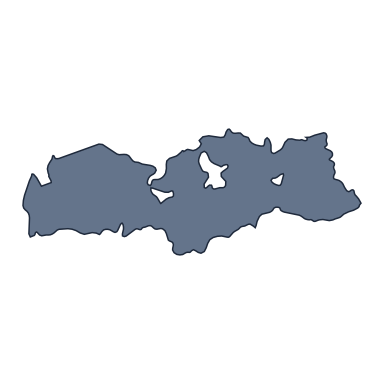 outline of Batken
{"feature_id": "KGZ-1119", "entity_name": "Batken", "entity_type": "Region", "adm_level": 1, "iso_a3": "KGZ", "parent_name": "Kyrgyzstan", "parent_adm1": "", "projection": "equal_earth", "projection_center": [71.05, 39.853], "detail": "fine", "context": "isolated", "style": "filled", "palette": "slate", "viewbox_px": 384, "rotation_deg": 0, "n_neighbors": 0, "source": "natural_earth", "source_scale": "10m", "svg_char_len": 5389}
<svg xmlns="http://www.w3.org/2000/svg" viewBox="0 0 384 384"><path d="M305.2,140.7L306.7,140.3L307.3,138.9L306.7,137.8L306.1,137.4L309.7,137.2L314.7,135.2L323.6,132.8L325.1,133.1L326.2,134.0L326.9,136.1L326.8,137.4L326.2,139.8L326.3,141.2L326.5,142.3L327.1,143.8L326.9,145.1L326.2,145.9L325.2,146.5L324.7,147.1L325.0,147.9L326.0,148.8L330.2,150.7L331.6,151.8L332.4,153.2L332.5,155.2L331.8,156.7L329.7,158.7L329.3,159.2L329.5,159.9L332.7,161.5L333.7,162.4L334.3,163.3L334.4,164.7L334.1,165.6L333.6,166.5L333.6,167.6L333.9,168.9L334.8,170.9L335.0,172.3L334.7,173.6L334.1,174.7L333.7,176.0L333.5,177.1L333.6,178.0L334.0,178.8L335.1,179.3L337.7,180.0L339.1,180.5L340.8,181.6L341.9,182.6L343.0,184.1L344.5,187.3L346.7,190.7L348.4,191.6L349.4,191.5L351.2,190.2L352.2,189.8L353.2,190.0L353.9,190.8L354.5,193.6L355.1,194.9L356.4,196.2L358.6,198.9L361.0,203.2L359.6,204.9L359.1,206.4L358.7,207.1L358.1,207.7L357.2,208.3L353.6,210.2L348.6,211.8L343.8,214.1L341.1,216.5L340.0,217.3L338.4,217.9L335.2,218.9L332.9,219.9L329.3,220.6L322.9,219.5L319.7,219.8L318.1,220.2L315.9,221.1L314.9,221.4L313.8,221.3L311.8,220.0L311.0,219.6L309.5,219.8L308.0,219.7L305.9,219.2L304.5,218.6L302.3,216.9L301.5,216.4L300.8,215.9L299.3,215.2L284.3,212.1L282.7,211.5L281.3,210.7L280.5,209.9L279.9,208.1L279.1,207.5L277.7,207.2L275.9,207.2L274.6,207.7L273.8,208.3L272.8,210.0L271.6,211.2L269.7,212.3L261.9,214.2L259.4,216.5L257.3,220.9L257.0,221.7L256.1,225.5L255.2,227.7L253.5,226.2L250.1,224.1L248.3,224.3L244.8,226.0L241.9,226.5L240.9,226.9L240.2,227.4L238.8,228.9L238.0,229.5L234.5,231.5L233.1,232.6L229.8,236.4L228.7,237.2L227.5,237.2L221.7,236.0L217.4,236.3L213.1,237.5L209.8,239.7L207.7,243.4L206.2,247.8L204.3,251.5L201.0,253.2L198.2,252.4L195.7,250.8L193.5,249.7L191.6,250.7L190.3,252.1L189.5,252.4L188.6,252.3L187.1,252.3L185.8,252.7L182.7,254.5L179.9,254.9L176.8,254.4L174.1,252.7L172.6,250.0L172.7,248.3L173.1,246.5L173.4,244.7L172.8,242.8L171.8,241.9L169.4,240.9L168.3,240.0L168.3,239.9L166.3,233.4L164.9,230.6L162.4,228.7L160.6,228.5L156.9,229.2L155.1,229.0L153.9,228.2L151.6,226.1L150.2,225.6L148.4,225.8L145.1,227.1L143.4,227.4L142.4,227.8L141.8,228.5L141.3,229.2L140.7,229.6L139.7,229.6L137.6,228.9L136.5,228.8L135.2,229.3L126.1,236.1L124.3,236.6L122.5,235.9L122.4,234.0L123.5,229.2L123.5,226.9L123.0,224.4L122.0,223.1L120.5,224.3L117.6,230.6L116.7,231.8L115.0,232.4L113.4,231.8L110.0,229.8L107.9,229.3L105.7,229.3L103.6,229.9L101.9,231.5L100.3,233.8L99.4,234.5L96.3,233.1L92.2,232.6L84.3,234.3L80.3,233.0L76.1,230.6L72.1,229.2L67.9,228.7L59.1,229.3L57.3,230.0L53.9,233.0L52.1,234.1L50.3,234.8L48.3,235.0L46.1,235.0L41.7,235.8L39.6,235.0L37.2,232.4L36.6,232.0L35.6,232.5L35.2,233.3L35.0,234.4L34.3,235.4L30.3,237.0L28.9,233.8L29.5,217.9L29.2,215.3L28.4,213.1L27.0,211.3L25.2,209.8L23.7,208.0L23.0,205.5L23.4,200.3L24.6,195.1L29.4,180.9L31.4,176.5L31.8,175.1L31.8,174.3L32.2,174.0L33.6,174.3L36.6,177.7L41.4,186.2L51.2,182.6L51.1,180.9L48.8,176.5L48.9,175.6L48.8,174.7L48.6,173.9L48.2,173.1L47.4,168.9L48.1,165.5L49.7,162.5L51.8,159.4L52.1,158.5L52.6,156.2L53.1,155.6L53.9,155.9L54.9,157.9L55.6,158.6L57.2,158.7L58.9,158.5L98.9,144.1L102.5,144.5L116.9,154.0L119.1,154.7L124.1,154.4L126.5,154.6L128.7,155.7L130.1,157.4L131.4,159.2L133.0,161.0L134.8,162.0L138.4,162.4L142.3,164.1L150.3,165.4L152.9,166.2L155.2,167.8L156.2,170.2L154.7,173.1L153.1,174.3L151.4,175.2L149.9,176.3L148.6,178.1L147.6,180.6L147.3,183.0L148.1,184.7L150.3,185.5L151.2,184.4L152.0,181.4L152.7,180.2L153.9,179.6L158.2,179.5L160.4,178.7L162.4,177.4L164.2,175.5L165.6,173.1L166.4,168.5L166.3,164.4L166.8,161.0L169.5,158.4L176.0,156.2L177.4,155.4L181.3,152.0L182.0,151.1L182.3,150.8L182.9,150.7L183.4,151.0L183.7,151.3L183.8,151.5L185.6,150.5L186.3,149.9L187.7,149.4L193.1,150.6L196.2,149.6L199.6,147.0L201.3,143.8L199.2,140.5L202.9,136.8L208.8,135.8L220.6,137.5L223.8,137.1L225.2,134.9L226.1,132.0L227.7,129.5L229.1,129.1L230.1,129.9L231.0,131.3L232.1,132.5L233.5,133.2L235.2,133.3L238.3,133.0L240.4,133.1L243.6,136.1L248.1,137.5L249.1,139.1L249.9,141.1L251.7,142.9L253.9,144.2L256.2,145.1L261.0,146.1L263.5,145.9L264.4,144.3L264.6,142.0L265.2,139.5L267.1,137.8L268.9,139.4L270.3,142.4L271.0,145.1L271.0,150.6L271.6,152.6L273.7,153.5L275.1,153.1L280.4,149.9L282.1,148.3L283.1,146.5L285.0,142.3L288.2,139.1L291.9,138.9L295.9,139.9L299.9,140.2L301.0,139.8L301.6,139.7L302.4,139.9L303.6,140.4L305.2,140.7ZM221.3,166.7L220.6,166.6L220.2,166.3L219.8,166.0L214.1,163.6L211.4,161.8L209.6,159.6L208.2,156.0L206.5,152.7L204.2,151.3L201.1,153.0L199.3,157.2L198.7,159.5L198.6,161.7L199.2,163.9L201.7,169.4L202.8,171.1L204.2,171.8L206.9,172.4L208.0,173.4L208.5,177.2L204.1,184.1L204.3,187.5L205.6,188.2L207.0,187.3L208.4,185.9L209.6,185.1L211.5,185.2L212.0,186.3L212.2,187.8L213.4,188.9L214.9,189.0L219.7,187.7L223.1,187.7L224.5,187.1L225.6,185.5L225.8,181.4L221.3,176.5L221.1,173.1L222.8,171.5L227.5,168.1L228.1,166.1L227.4,164.8L226.1,164.6L223.5,165.3L223.0,165.6L221.8,166.5L221.3,166.7ZM152.5,188.1L150.9,188.0L150.8,190.1L151.6,192.3L152.9,194.2L156.4,196.7L157.4,198.0L160.3,203.0L160.8,203.5L166.1,199.2L169.0,197.7L172.3,197.0L173.4,196.0L173.5,193.6L172.8,191.2L171.5,190.9L168.3,192.3L164.8,192.2L152.5,188.1ZM278.7,185.5L280.3,185.2L281.3,183.6L283.6,175.1L283.1,173.7L280.6,174.5L276.9,177.3L275.1,178.1L272.6,178.3L271.0,180.3L272.0,182.2L274.1,183.8L276.1,184.7L278.7,185.5Z" fill="#64748b" stroke="#1e293b" stroke-width="1.5"/></svg>